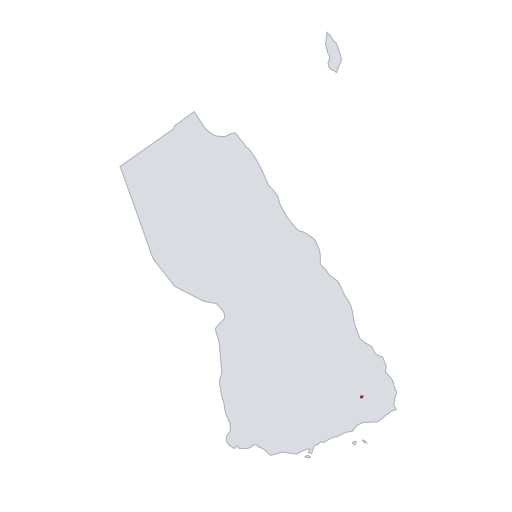 location of Al Qahirah, Ta`izz, Yemen, rotated 260°
{"feature_id": "15242507B25601217585155", "entity_name": "Al Qahirah", "entity_type": "district", "adm_level": 2, "iso_a3": "YEM", "parent_name": "Yemen", "parent_adm1": "Ta`izz", "projection": "orthographic", "projection_center": [44.017, 13.586], "detail": "fine", "context": "in_parent", "style": "filled", "palette": "rose", "viewbox_px": 512, "rotation_deg": 260, "n_neighbors": 0, "source": "geoboundaries", "source_scale": "gbopen_adm2", "svg_char_len": 3240}
<svg xmlns="http://www.w3.org/2000/svg" viewBox="0 0 512 512"><g transform="rotate(260 256 256)"><path d="M408.9,220.2L392.1,227.2L387.7,230.2L383.7,233.8L380.8,238.3L379.0,246.0L380.9,253.0L380.9,256.8L376.5,259.4L372.4,261.3L367.9,264.2L365.1,265.0L362.9,267.3L360.3,268.9L350.8,273.1L340.3,276.5L323.7,280.6L317.3,284.8L311.5,287.7L302.5,288.7L290.3,292.8L283.5,296.0L275.1,301.1L273.2,302.7L271.8,306.3L269.2,309.5L264.2,314.8L260.4,317.5L257.8,317.7L252.8,319.2L246.9,319.6L236.9,318.0L234.3,319.3L232.2,321.3L224.6,325.0L216.9,332.1L211.1,334.1L201.9,336.4L195.4,339.4L191.1,340.7L185.4,341.3L175.0,341.1L165.2,342.3L156.0,344.3L151.8,348.1L146.9,354.1L138.9,356.6L137.0,358.8L134.5,363.2L129.3,364.3L124.6,365.1L119.8,363.2L110.8,368.5L107.4,369.4L102.1,369.6L98.5,370.7L95.8,370.4L92.5,368.3L85.5,365.8L80.3,367.4L79.9,362.4L71.5,347.1L73.3,333.7L73.3,331.8L71.6,325.8L66.6,320.4L66.8,313.5L65.1,308.5L63.8,303.4L64.2,302.1L64.3,300.9L61.8,293.0L60.9,291.5L60.6,289.8L61.5,288.6L61.4,287.1L60.1,284.7L58.7,280.1L51.8,276.5L53.3,273.2L54.6,274.4L56.4,275.4L56.7,273.2L56.8,271.6L54.0,261.4L58.3,247.9L57.0,235.8L63.4,230.9L65.1,229.4L66.0,228.1L67.5,225.3L69.6,224.4L70.3,221.5L70.3,220.1L69.0,218.8L68.0,215.4L68.3,211.1L68.7,209.3L69.4,206.0L71.6,204.8L72.1,203.8L70.4,201.7L70.6,200.5L74.4,197.0L75.9,196.0L78.4,194.9L80.3,194.9L82.5,195.5L84.5,196.5L86.4,198.3L88.4,200.3L91.6,201.1L93.7,200.9L95.4,201.8L96.9,201.3L98.5,200.2L101.2,200.3L103.6,199.1L110.4,198.6L116.9,198.9L123.8,197.9L130.6,198.0L137.5,198.0L139.0,198.1L140.5,198.8L146.4,201.8L150.8,202.4L159.7,203.2L169.1,204.0L177.3,204.7L184.3,203.9L190.0,203.3L191.6,203.4L193.3,205.3L196.9,210.0L200.2,214.4L206.0,214.6L209.6,212.9L213.6,210.4L216.1,208.6L218.8,201.2L220.6,196.5L224.7,191.1L228.2,186.6L232.7,180.6L235.2,177.3L240.2,170.8L245.0,168.2L254.3,163.2L263.4,158.3L269.3,155.1L274.4,153.6L282.9,152.2L292.9,150.5L302.8,148.9L313.5,147.1L325.3,145.1L333.4,143.7L343.7,141.9L352.3,140.4L359.9,139.1L367.7,137.7L369.4,141.2L371.0,144.7L372.7,148.2L374.3,151.7L376.0,155.2L377.6,158.7L379.3,162.3L380.9,165.8L382.6,169.3L384.2,172.8L385.9,176.3L387.5,179.8L389.2,183.4L390.9,186.9L392.5,190.4L394.2,193.9L395.8,197.3L398.3,198.4L399.8,201.6L402.1,206.3L404.4,210.9L406.7,215.6L408.9,220.2ZM438.0,362.9L440.2,363.2L443.3,361.9L452.6,361.3L463.9,364.8L461.8,366.0L460.6,367.4L455.8,369.0L451.0,372.3L436.9,374.3L432.7,373.7L429.2,370.8L422.7,367.2L425.1,364.7L425.6,363.5L426.5,362.4L430.1,360.4L433.6,360.5L438.0,362.9ZM56.1,321.7L55.6,322.5L55.0,322.3L52.8,320.4L55.2,318.3L56.5,320.3L56.1,321.7ZM49.5,274.0L48.4,274.8L48.1,273.4L48.8,270.3L50.0,269.4L50.7,271.7L50.2,273.0L49.5,274.0ZM54.9,331.3L52.6,332.4L54.2,329.6L55.8,329.0L56.3,329.1L54.9,331.3Z" fill="#d9dde1" stroke="#a8b0b8" stroke-width="1"/><path d="M99.2,336.7L99.2,336.4L99.1,336.2L99.1,335.9L98.9,335.8L98.9,335.7L99.0,335.6L99.2,335.4L98.9,335.4L99.0,335.4L98.9,335.3L98.9,335.2L99.0,335.1L98.9,335.0L98.9,334.8L98.8,334.7L98.5,334.6L98.4,334.6L98.2,334.7L98.1,334.8L98.2,335.0L98.4,335.4L98.4,335.5L98.5,335.6L98.5,335.8L98.5,336.0L98.8,336.1L98.8,336.3L99.0,336.4L98.9,336.4L99.0,336.4L99.0,336.5L98.9,336.5L99.0,336.6L99.2,336.7Z" fill="#f43f5e" stroke="#9f1239" stroke-width="1.5"/></g></svg>